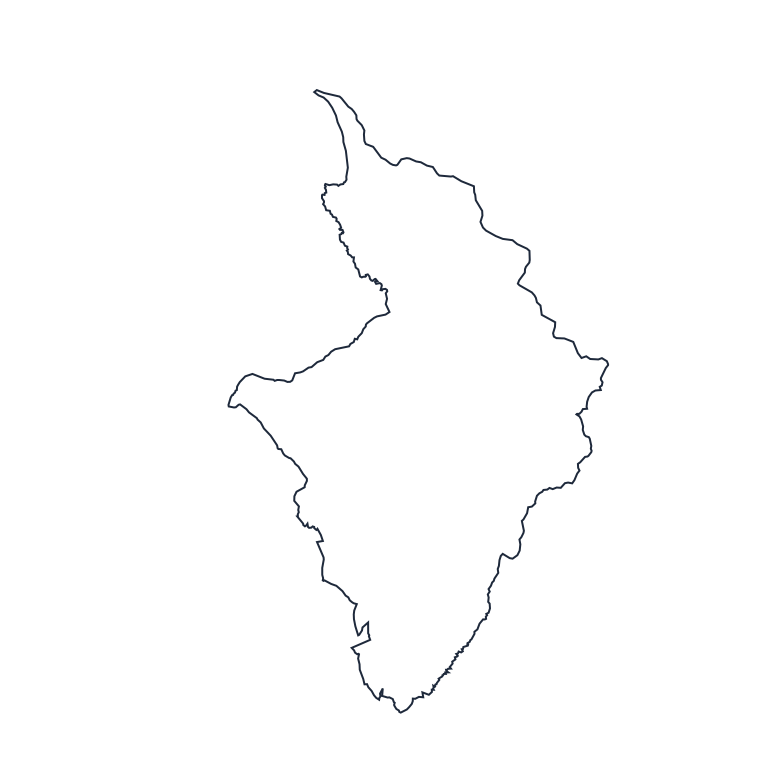 Campuri, Vrancea, Romania, rotated 53°
{"feature_id": "2599482B61463988444058", "entity_name": "Campuri", "entity_type": "district", "adm_level": 2, "iso_a3": "ROU", "parent_name": "Romania", "parent_adm1": "Vrancea", "projection": "robinson", "projection_center": [26.758, 46.041], "detail": "fine", "context": "isolated", "style": "outline", "palette": "slate", "viewbox_px": 768, "rotation_deg": 53, "n_neighbors": 0, "source": "geoboundaries", "source_scale": "gbopen_adm2", "svg_char_len": 6165}
<svg xmlns="http://www.w3.org/2000/svg" viewBox="0 0 768 768"><g transform="rotate(53 384 384)"><path d="M633.2,577.9L631.9,576.6L631.4,574.9L628.9,573.5L626.4,568.2L632.0,573.2L636.6,569.8L637.5,568.3L640.9,566.6L644.0,567.6L645.0,567.3L646.4,569.1L647.7,569.4L651.0,569.7L653.7,568.6L655.1,569.1L656.5,568.4L657.7,561.6L657.2,558.4L656.2,554.3L654.6,551.9L652.6,550.3L654.2,548.5L654.9,544.4L657.8,541.2L653.4,538.9L659.2,535.2L658.8,531.1L656.9,529.8L658.1,528.3L656.8,528.1L656.4,527.1L654.7,526.2L657.1,525.3L655.5,525.1L654.9,523.6L655.4,522.8L654.5,521.5L653.6,517.9L652.2,517.7L652.6,513.4L651.8,512.6L652.1,512.0L651.5,510.8L652.7,509.1L651.3,508.7L653.0,506.2L650.7,506.9L649.6,506.4L650.2,505.6L650.0,504.2L651.6,501.8L649.6,501.8L648.6,497.5L646.8,496.6L646.9,492.7L644.9,491.9L645.6,489.9L645.5,488.7L643.1,488.7L643.7,487.1L642.6,485.4L644.8,483.9L644.9,481.9L642.6,481.5L643.1,480.3L641.8,478.9L643.4,474.5L642.7,473.6L642.1,474.1L641.2,473.3L641.5,470.7L640.5,469.2L640.6,467.9L638.0,462.1L636.3,460.9L636.2,457.1L632.9,451.9L631.6,446.5L632.7,445.2L633.0,443.8L631.1,442.7L630.7,440.8L629.2,440.7L629.6,438.1L627.0,434.4L623.0,431.8L620.7,431.9L617.5,428.9L614.5,427.7L613.4,424.5L610.7,423.9L609.5,420.0L607.6,417.1L607.3,414.8L605.9,413.0L603.6,406.4L600.2,404.5L598.4,401.7L594.1,397.7L591.6,394.2L591.1,391.4L598.7,388.4L600.9,386.4L601.0,380.5L598.7,375.9L594.1,371.6L589.7,369.4L589.0,366.5L586.9,362.3L585.4,360.6L576.3,356.3L576.1,354.1L573.3,347.5L569.2,343.0L570.9,339.7L570.4,335.0L568.8,334.0L565.3,329.1L564.8,325.7L565.3,322.5L564.6,320.4L566.6,317.1L566.6,314.4L569.5,312.5L570.6,308.4L573.3,305.3L572.1,299.2L573.5,296.3L576.6,293.5L575.4,289.8L571.8,283.6L570.8,280.0L567.8,279.4L564.5,277.2L564.6,274.4L563.2,267.3L564.4,265.1L564.4,263.9L563.2,259.5L562.3,258.4L560.2,257.8L558.2,255.7L551.5,252.6L549.7,252.4L547.2,254.2L545.0,254.5L540.3,252.9L537.7,250.5L531.0,247.9L527.5,247.4L524.1,248.6L524.0,247.9L525.4,245.9L525.0,242.9L523.7,240.3L526.0,236.7L524.1,235.9L520.4,232.4L517.6,228.3L515.9,223.0L516.4,219.1L519.3,214.5L516.1,213.4L516.3,211.0L514.1,208.4L511.2,208.2L509.8,207.2L504.7,197.2L503.8,193.7L503.0,193.1L499.9,192.3L494.5,194.4L493.4,198.0L488.1,204.3L483.6,205.8L482.1,210.6L476.0,210.6L464.3,207.5L456.2,212.5L451.1,218.7L448.4,219.8L445.2,218.4L441.3,213.1L437.7,210.1L423.7,216.4L415.5,211.8L410.8,212.7L406.7,210.9L403.8,210.5L399.8,210.8L386.7,216.4L384.4,216.7L382.5,213.6L379.8,204.5L377.1,202.2L375.8,200.1L374.5,194.9L372.7,193.0L365.2,187.7L361.9,188.4L352.5,193.4L346.5,194.8L339.6,201.8L333.1,205.7L322.9,210.2L318.6,210.8L312.6,209.4L308.8,204.1L304.8,201.4L292.5,200.1L287.8,197.3L285.2,196.6L280.2,193.2L268.6,200.2L259.6,203.8L258.6,205.7L250.8,214.4L247.7,214.9L240.1,214.4L235.4,218.3L229.1,221.1L225.6,224.4L219.3,227.9L217.3,229.9L215.0,235.0L217.0,241.4L216.7,242.8L214.4,245.0L211.6,246.4L205.8,247.8L201.6,250.0L188.1,249.9L181.4,254.1L178.1,253.4L172.7,249.9L169.7,247.1L163.9,246.0L157.7,246.8L155.9,246.5L152.8,244.4L148.6,244.1L144.9,244.3L141.0,245.6L130.2,246.0L127.7,246.5L115.4,256.8L108.8,260.8L108.9,264.0L114.1,262.6L118.9,259.8L124.9,258.7L132.2,259.1L140.7,260.8L147.0,263.5L157.1,265.8L162.3,268.0L166.3,270.8L174.8,274.1L189.5,282.7L195.8,289.4L198.3,291.0L199.3,293.7L198.9,294.6L199.8,296.2L198.4,298.7L198.3,301.2L196.5,301.5L194.0,304.4L192.3,308.0L189.0,310.4L189.1,310.8L190.0,311.8L191.4,311.8L191.8,313.2L194.0,313.5L196.4,314.9L195.9,316.4L197.2,317.7L195.7,319.2L195.9,319.9L198.3,321.7L201.9,321.9L203.0,322.8L203.7,324.4L206.8,324.2L210.4,325.6L213.1,323.0L215.9,324.2L217.4,323.6L219.8,324.2L222.2,322.2L223.6,322.4L225.1,324.0L227.4,322.9L230.4,323.2L233.4,324.2L233.4,326.4L234.4,326.4L236.0,324.4L238.5,325.1L238.9,326.0L237.9,326.8L238.6,327.8L238.1,329.6L242.2,332.3L244.7,332.7L246.7,331.2L250.0,332.0L252.2,330.6L253.2,331.6L255.0,331.9L255.1,333.4L256.5,333.3L258.7,334.5L261.3,333.3L263.7,333.2L264.8,331.8L267.8,334.7L270.5,334.8L273.9,336.5L277.0,335.6L283.7,338.4L285.5,337.6L285.9,335.9L287.1,334.4L287.1,333.6L285.9,332.9L286.7,331.0L289.4,330.9L291.5,331.9L293.7,331.8L294.8,331.0L294.6,328.3L295.0,327.5L297.9,327.4L296.9,328.9L297.0,329.7L299.3,330.0L300.9,326.6L302.7,326.0L304.1,326.5L307.0,330.2L308.0,329.3L307.6,327.8L308.9,325.6L310.6,325.0L311.9,325.6L312.6,328.0L317.8,330.3L321.2,334.5L329.8,336.3L329.5,341.0L325.8,348.9L325.2,352.1L325.3,361.3L325.7,362.7L327.1,364.0L327.8,367.6L330.0,371.1L330.8,376.1L332.2,378.5L330.3,380.1L332.3,382.9L331.8,386.7L332.9,389.2L326.8,402.1L326.4,406.8L327.4,411.0L326.8,414.3L328.2,418.0L326.4,424.2L326.9,431.7L325.5,434.4L325.2,441.1L324.3,444.0L321.9,448.6L325.9,455.1L325.8,457.6L324.2,459.9L321.2,461.6L318.0,465.0L316.5,466.9L315.7,469.4L314.1,469.7L307.9,476.2L296.8,483.0L294.4,490.2L295.7,498.1L296.8,500.9L297.7,502.9L300.3,505.2L300.0,506.6L301.2,508.2L301.2,509.9L301.9,511.1L301.5,512.0L302.5,514.5L307.1,520.8L308.5,521.5L312.5,517.9L313.4,516.3L313.1,512.6L313.7,511.2L321.4,509.0L325.4,508.9L334.8,506.1L336.3,506.4L340.5,505.6L347.2,506.7L357.1,505.6L368.7,506.3L371.3,507.6L372.3,507.5L374.3,505.3L378.8,506.3L381.4,506.2L386.0,504.3L387.1,503.3L391.7,502.6L394.3,503.0L398.5,502.0L407.1,502.8L413.2,502.6L415.0,503.9L417.2,508.2L418.7,509.5L417.4,518.7L419.7,523.1L423.3,526.0L430.5,525.6L433.0,528.3L435.1,529.2L436.2,531.3L437.7,532.3L437.4,533.0L446.8,532.6L448.0,533.3L450.1,532.8L450.2,531.4L449.5,529.2L452.4,530.7L453.8,530.4L455.0,528.4L454.8,526.7L456.1,525.8L457.0,526.4L459.4,526.0L460.0,525.7L459.6,524.3L466.6,525.3L472.6,527.3L469.9,532.6L486.1,536.6L488.0,537.8L493.7,544.0L499.3,548.2L502.5,549.5L504.0,551.1L504.9,550.7L505.0,549.7L511.9,546.5L516.5,543.5L524.4,541.8L529.9,542.0L532.9,540.9L536.1,541.5L538.8,540.9L540.8,540.2L543.4,538.2L547.0,544.1L549.8,546.8L553.7,549.5L560.3,552.7L569.2,555.9L569.4,554.8L567.6,549.9L565.5,547.7L564.9,540.2L573.6,546.7L575.8,547.0L576.4,547.9L580.0,549.0L575.3,568.6L578.8,568.2L581.1,568.8L583.7,568.0L584.2,566.7L584.8,566.6L587.7,569.9L593.1,572.2L597.6,575.3L607.1,578.1L612.1,580.3L613.5,578.2L616.8,579.0L621.7,578.6L626.6,579.3L630.0,579.1L633.2,577.9Z" fill="none" stroke="#1e293b" stroke-width="2"/></g></svg>